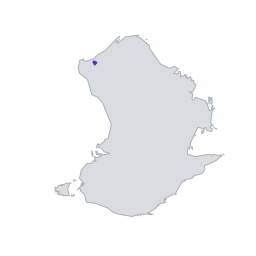 Northam, Western Australia, Australia (highlighted), rotated 72°
{"feature_id": "25037944B49536287471778", "entity_name": "Northam", "entity_type": "district", "adm_level": 2, "iso_a3": "AUS", "parent_name": "Australia", "parent_adm1": "Western Australia", "projection": "orthographic", "projection_center": [116.616, -31.699], "detail": "fine", "context": "in_parent", "style": "filled", "palette": "violet", "viewbox_px": 256, "rotation_deg": 72, "n_neighbors": 0, "source": "geoboundaries", "source_scale": "gbopen_adm2", "svg_char_len": 4396}
<svg xmlns="http://www.w3.org/2000/svg" viewBox="0 0 256 256"><g transform="rotate(72 128 128)"><path d="M186.4,54.8L187.7,67.2L191.0,67.5L194.2,72.0L193.8,79.4L195.5,82.5L195.0,89.4L195.9,93.3L204.8,103.0L206.4,115.0L207.4,115.9L208.0,114.1L209.6,116.8L210.2,115.9L209.8,121.7L210.7,123.7L212.9,126.4L215.6,137.4L213.7,143.5L213.4,151.5L206.7,164.2L203.3,168.5L197.3,172.6L189.6,182.3L185.8,190.4L177.9,190.0L173.1,192.5L170.8,192.1L170.8,194.4L168.2,190.3L168.9,189.7L168.9,188.9L168.3,188.7L166.7,189.7L166.0,188.6L167.9,187.8L167.3,186.6L161.1,189.8L153.9,185.6L149.2,178.5L150.1,174.0L148.1,169.4L149.3,169.8L149.5,168.6L144.9,168.9L146.9,166.1L146.1,161.4L143.5,166.1L140.2,165.9L141.0,164.4L142.6,164.7L146.1,158.3L146.6,153.1L143.3,158.0L139.6,159.4L136.8,162.2L136.8,163.9L135.5,163.5L133.7,161.3L135.1,161.5L134.7,158.1L133.3,154.2L131.6,153.4L131.9,150.2L119.6,142.8L96.5,144.4L88.9,147.6L85.4,152.0L69.6,151.6L61.0,157.1L55.2,156.7L48.7,152.9L48.6,149.1L50.2,149.7L51.6,147.3L51.6,139.5L48.7,133.7L47.6,126.3L39.6,111.1L42.7,112.6L40.8,108.0L42.1,110.7L44.4,111.5L40.5,102.0L43.1,88.7L43.7,91.8L46.4,88.4L56.1,82.3L59.5,82.7L77.1,77.4L84.0,70.1L83.7,65.1L87.4,61.8L90.1,67.5L91.8,64.5L89.9,62.2L90.6,60.9L96.3,62.2L94.5,61.6L95.8,59.5L94.8,57.6L97.9,57.5L96.9,56.0L99.5,56.0L98.7,53.9L101.0,51.9L101.1,53.2L102.9,53.2L103.2,50.6L105.7,51.8L107.5,49.9L110.2,51.6L113.7,55.5L112.9,58.3L115.5,55.9L120.6,58.3L121.8,56.9L119.6,54.4L126.3,45.5L127.4,46.3L129.7,44.2L130.3,45.3L136.6,45.4L136.6,43.1L132.5,40.8L133.2,40.3L147.9,47.6L152.3,46.6L151.1,48.3L152.9,49.7L155.3,47.8L157.1,50.1L154.4,53.9L151.8,53.8L151.7,57.0L148.9,61.4L161.1,72.9L164.6,74.5L165.4,76.9L171.0,79.7L176.1,72.9L177.6,61.8L178.7,57.8L180.3,57.2L179.3,55.0L183.6,47.9L186.4,54.8ZM162.4,200.2L167.1,204.2L174.1,204.7L172.0,211.5L172.0,210.1L170.9,211.3L169.1,215.6L167.5,213.2L164.7,216.7L162.0,215.6L163.0,214.6L161.3,212.0L161.5,208.3L162.4,209.2L161.4,203.8L162.4,200.2ZM125.4,39.3L129.8,39.9L131.1,41.3L128.0,43.2L125.4,39.3ZM138.1,169.0L144.4,170.0L141.5,170.6L138.1,169.0ZM155.4,57.0L156.0,59.6L153.4,58.7L153.9,57.0L155.4,57.0ZM215.6,136.3L216.2,133.4L217.6,131.5L217.5,133.3L215.6,136.3ZM174.3,199.4L175.9,200.5L175.6,201.5L174.3,199.4ZM124.9,39.9L126.3,42.5L123.6,42.0L124.9,39.9ZM161.5,196.1L160.5,195.5L161.6,194.1L161.5,196.1ZM168.0,73.3L166.6,73.8L165.3,73.9L166.1,72.7L168.0,73.3ZM39.6,110.4L38.5,109.0L38.4,107.7L38.6,107.7L39.6,110.4ZM174.9,202.2L175.4,203.1L174.2,202.2L174.9,202.2ZM210.5,122.3L211.3,122.6L211.0,123.8L210.5,122.3ZM195.3,89.4L196.2,90.4L196.0,90.8L195.3,89.4ZM166.6,215.5L166.3,216.6L165.7,216.1L166.6,215.5ZM214.6,145.0L214.2,146.5L214.6,145.0ZM136.5,40.7L135.8,40.0L136.3,39.7L136.5,40.7ZM156.5,44.3L155.4,45.3L156.7,43.4L156.5,44.3ZM215.3,143.2L214.7,143.6L215.1,143.1L215.3,143.2ZM156.2,66.5L155.6,66.7L155.9,66.1L156.2,66.5ZM153.3,56.6L152.5,56.5L153.0,55.9L153.3,56.6ZM49.9,82.4L49.7,83.4L49.3,83.3L49.9,82.4ZM182.5,47.1L182.4,47.9L182.1,47.2L182.5,47.1ZM168.1,189.1L168.1,189.6L168.0,189.4L168.1,189.1ZM155.1,45.6L153.6,46.1L155.1,45.4L155.1,45.6ZM98.8,52.8L98.3,53.3L98.6,52.7L98.8,52.8ZM167.3,214.8L166.9,215.0L167.2,214.6L167.3,214.8ZM167.0,76.1L166.3,75.9L166.7,75.5L167.0,76.1ZM95.7,56.9L95.3,57.2L95.3,56.5L95.7,56.9ZM170.6,213.4L170.1,213.5L170.4,213.0L170.6,213.4ZM183.1,45.0L183.0,45.5L182.6,45.2L183.1,45.0ZM167.7,189.7L168.0,190.3L167.2,190.0L167.7,189.7ZM205.9,103.3L205.5,103.2L205.8,102.6L205.9,103.3ZM207.6,113.9L207.4,113.8L207.7,113.3L207.6,113.9ZM162.9,199.4L162.6,199.8L162.7,199.3L162.9,199.4Z" fill="#d9dde1" stroke="#a8b0b8" stroke-width="1"/><path d="M56.7,138.4L56.7,138.5L56.5,138.4L56.5,138.5L56.4,138.5L56.2,138.5L56.2,138.4L56.2,138.5L56.2,138.4L56.2,138.5L56.2,138.4L56.1,138.5L55.9,138.5L55.9,138.4L55.9,138.5L55.8,138.4L55.8,138.5L55.7,138.5L55.6,138.8L55.4,138.9L55.3,139.0L55.2,139.0L55.1,139.3L55.2,139.5L55.0,139.4L54.9,139.5L54.8,139.4L54.8,139.5L54.7,139.6L54.5,139.8L54.4,139.8L54.4,140.0L54.5,140.0L54.4,140.0L54.5,140.1L54.5,140.3L54.4,140.4L54.4,140.5L54.5,140.6L54.8,140.6L55.0,140.6L55.3,140.6L55.3,140.4L55.2,140.3L55.2,140.2L55.3,140.1L55.5,140.1L55.8,139.9L56.0,139.8L56.2,139.7L56.3,139.8L56.3,139.7L56.4,139.8L56.5,139.7L56.5,139.8L56.8,139.8L56.8,139.7L57.0,139.7L56.9,139.6L57.0,139.5L57.2,139.4L57.1,139.2L56.9,139.0L56.9,138.9L56.8,138.7L56.7,138.7L56.7,138.4Z" fill="#8b5cf6" stroke="#5b21b6" stroke-width="1.5"/></g></svg>